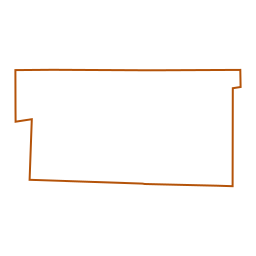 outline of Holmes, Ohio, United States of America
{"feature_id": "52423323B45716544412555", "entity_name": "Holmes", "entity_type": "district", "adm_level": 2, "iso_a3": "USA", "parent_name": "United States of America", "parent_adm1": "Ohio", "projection": "mercator", "projection_center": [-81.953, 40.556], "detail": "fine", "context": "isolated", "style": "outline", "palette": "amber", "viewbox_px": 256, "rotation_deg": 0, "n_neighbors": 0, "source": "geoboundaries", "source_scale": "gbopen_adm2", "svg_char_len": 293}
<svg xmlns="http://www.w3.org/2000/svg" viewBox="0 0 256 256"><path d="M52.6,69.8L15.4,70.1L15.5,108.0L15.6,121.7L31.8,119.2L29.6,179.8L142.4,183.6L144.8,184.0L217.0,185.7L232.6,186.2L232.8,88.2L240.6,87.0L240.3,69.9L150.9,70.3L52.6,69.8Z" fill="none" stroke="#b45309" stroke-width="2"/></svg>